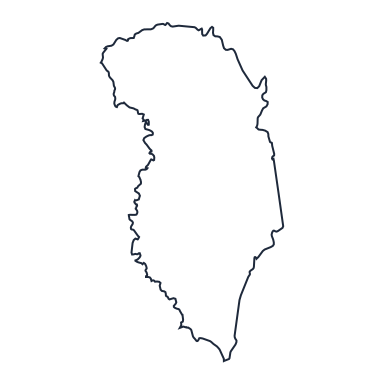 the border of Zanzan
{"feature_id": "CIV-3449", "entity_name": "Zanzan", "entity_type": "Region", "adm_level": 1, "iso_a3": "CIV", "parent_name": "Ivory Coast", "parent_adm1": "", "projection": "natural_earth1", "projection_center": [-3.572, 8.502], "detail": "fine", "context": "isolated", "style": "outline", "palette": "slate", "viewbox_px": 384, "rotation_deg": 0, "n_neighbors": 0, "source": "natural_earth", "source_scale": "10m", "svg_char_len": 5755}
<svg xmlns="http://www.w3.org/2000/svg" viewBox="0 0 384 384"><path d="M264.8,76.8L266.1,78.8L266.2,80.4L265.8,84.2L265.9,85.1L266.4,87.0L266.4,90.2L265.9,92.2L264.7,93.0L263.4,93.8L262.3,95.3L262.2,97.5L263.0,99.3L264.4,100.5L266.1,101.0L267.7,102.0L267.6,104.2L266.4,106.4L263.2,108.3L262.0,110.5L260.3,114.6L258.1,117.1L257.7,118.1L257.5,123.9L257.1,125.8L256.2,127.4L257.2,128.1L257.8,128.8L258.6,129.5L260.0,129.7L262.6,129.9L265.1,130.6L267.6,132.1L268.3,134.0L268.4,136.4L270.0,141.9L270.6,142.4L271.2,142.5L271.8,142.8L272.0,143.8L272.2,145.8L274.2,153.9L274.1,155.5L273.0,156.2L272.3,157.0L272.0,158.5L272.5,159.4L273.5,158.9L273.9,160.8L278.6,193.5L283.2,226.2L282.5,227.9L278.0,231.0L276.7,231.6L275.5,231.4L274.2,230.7L273.4,230.7L272.7,231.4L272.0,232.9L271.6,234.8L271.9,236.2L273.2,239.6L273.8,242.4L273.8,244.4L272.8,245.9L270.7,247.1L264.7,249.5L262.8,251.0L258.3,257.1L256.6,258.7L256.5,258.3L256.0,257.6L255.3,257.1L254.7,257.2L254.4,258.1L253.9,266.8L253.6,268.1L252.8,269.1L250.6,270.6L249.7,271.6L249.6,272.2L249.9,273.7L249.9,274.3L249.5,275.1L248.5,276.5L248.1,277.3L240.9,295.2L239.5,300.0L234.6,335.7L234.7,337.1L235.3,338.7L236.0,339.7L236.5,340.6L236.4,342.2L235.5,344.5L230.9,351.2L230.4,352.3L229.5,358.2L229.0,359.0L224.1,360.9L223.9,361.0L223.9,360.9L223.8,358.7L219.6,349.5L218.4,348.0L216.9,346.4L213.5,344.0L211.2,341.9L210.0,341.1L202.7,338.5L200.6,338.1L199.3,338.2L198.5,339.8L197.9,340.7L197.5,341.0L197.0,341.1L196.4,340.8L194.7,338.6L193.7,337.6L193.4,337.1L193.1,336.6L192.9,336.1L191.3,330.1L190.9,329.5L190.3,328.9L189.1,328.2L188.5,327.7L187.9,327.5L187.4,327.7L187.0,327.7L186.1,327.1L185.5,327.3L183.9,326.7L183.5,326.6L183.0,326.7L179.8,327.9L181.3,325.2L181.1,322.5L182.8,321.6L183.1,319.7L182.5,314.9L182.2,314.9L180.0,311.1L179.6,310.2L179.2,309.5L178.3,309.0L177.2,308.8L175.9,308.3L174.7,307.7L173.9,307.0L173.8,305.9L175.7,303.7L176.3,302.3L175.4,298.8L173.5,298.2L169.5,299.4L168.6,298.8L168.1,297.7L167.5,296.7L166.3,296.2L165.9,295.5L165.8,293.8L165.4,292.1L164.3,291.4L161.8,290.9L160.6,289.6L159.7,285.7L160.5,283.0L159.2,281.8L157.0,281.5L155.0,281.7L154.4,280.9L153.6,280.4L152.6,280.4L151.5,281.0L150.8,278.6L149.8,277.4L148.2,277.0L146.0,277.0L146.0,276.2L147.0,275.6L147.2,274.8L146.6,272.5L146.3,272.0L145.6,271.0L145.5,270.3L145.9,269.5L146.5,268.8L146.7,268.2L146.2,266.2L145.6,264.9L145.2,264.0L143.8,262.9L142.5,264.2L141.5,263.2L138.5,262.4L137.0,261.8L135.4,260.8L135.4,260.4L136.3,260.1L137.7,259.4L139.4,257.7L140.2,256.5L140.5,255.4L139.7,253.2L138.7,253.3L137.7,254.2L136.7,254.2L135.3,253.9L133.6,254.4L132.1,254.5L131.5,252.5L132.1,247.3L132.6,243.0L133.7,240.1L135.4,238.6L137.7,239.4L138.1,238.9L138.8,237.6L139.1,237.0L137.8,235.7L133.9,230.2L132.9,229.6L131.8,229.5L131.1,229.1L130.8,227.8L131.2,226.3L132.7,223.9L132.9,222.6L132.3,221.4L130.0,219.8L129.4,219.0L129.3,217.8L128.9,216.1L128.8,215.0L129.9,214.8L134.9,214.9L136.4,214.6L137.1,213.4L137.4,212.1L137.2,211.0L136.7,210.1L135.7,208.8L135.7,208.4L136.1,208.1L136.4,207.0L136.5,206.6L136.8,206.3L137.1,205.8L137.0,204.9L136.8,204.4L136.3,204.3L135.9,204.4L135.7,204.2L135.2,203.3L134.5,202.6L134.3,201.7L135.0,200.2L135.3,200.5L136.7,200.2L138.8,199.4L139.4,197.3L139.9,195.8L138.9,193.5L135.2,191.1L135.0,189.0L135.6,188.4L137.3,187.7L138.1,186.2L140.9,183.7L141.0,182.1L140.4,179.5L140.0,178.9L139.4,177.2L138.4,176.2L139.5,172.0L140.5,170.4L142.2,169.7L145.2,169.7L146.6,169.2L147.4,168.2L145.8,167.7L146.1,166.7L148.0,164.9L150.6,160.2L151.2,159.4L152.4,159.9L153.4,160.4L154.1,160.0L154.3,157.4L153.9,155.8L152.7,154.5L151.4,153.7L150.1,153.8L149.9,153.4L149.9,153.2L149.5,153.0L150.0,152.2L150.3,151.8L150.6,151.5L151.5,151.4L151.5,150.5L149.6,148.7L146.6,144.6L145.0,142.9L143.4,140.1L144.2,138.1L146.3,136.6L148.8,135.4L150.1,135.1L151.6,135.1L152.7,134.6L152.9,133.0L152.1,131.7L150.6,130.7L149.0,130.0L145.4,129.0L144.6,127.0L145.0,124.5L146.0,121.8L146.9,123.5L148.1,124.9L148.8,124.7L148.8,121.8L148.1,119.9L146.9,119.9L145.3,120.6L143.2,121.0L143.4,120.5L143.5,120.5L144.0,120.2L142.6,118.4L143.8,114.5L142.2,113.8L139.2,114.0L138.4,113.8L138.0,112.9L137.8,111.5L137.5,110.3L136.7,109.8L135.6,109.5L133.6,108.4L129.5,107.4L126.8,105.3L124.0,102.6L123.5,103.2L122.9,103.3L122.2,103.2L121.2,103.3L119.7,103.9L117.8,105.0L117.2,105.9L117.1,106.8L116.9,107.1L115.7,106.6L115.3,106.1L114.9,105.2L114.5,104.2L114.3,103.3L114.5,101.5L115.0,100.2L115.3,98.9L115.1,97.0L114.8,96.5L114.4,96.1L114.0,95.6L113.7,94.6L113.7,93.6L114.0,92.8L114.2,92.2L114.3,91.8L114.4,90.6L115.0,89.4L115.1,88.5L114.9,87.7L113.9,85.8L113.4,81.9L112.6,80.3L109.9,77.4L109.3,76.4L109.0,75.6L108.9,74.6L108.9,73.4L108.6,72.1L108.0,71.4L107.2,70.9L106.5,70.2L102.0,63.3L100.8,62.7L101.4,61.8L102.7,58.9L103.0,57.4L102.7,54.7L102.7,53.7L103.3,52.6L106.3,48.9L105.1,48.5L104.7,48.4L106.0,47.0L107.7,46.3L111.5,45.7L113.4,44.5L116.3,39.9L118.1,38.3L119.8,38.0L125.5,40.0L126.6,40.7L127.1,40.9L127.8,40.7L128.0,40.2L128.0,39.5L128.1,39.2L129.6,38.4L130.5,38.1L133.7,38.0L134.3,36.4L134.8,34.5L136.3,33.5L138.4,32.9L142.2,30.1L144.0,29.5L144.2,29.4L150.9,29.3L152.8,28.6L153.7,27.9L155.3,25.9L156.3,25.1L157.7,24.6L162.6,23.9L163.4,24.0L164.7,24.8L165.3,25.0L165.8,24.6L166.8,23.3L167.1,23.0L168.5,23.5L169.2,24.4L169.9,25.3L171.0,26.2L172.7,26.6L178.7,25.7L194.5,27.2L195.7,27.8L197.5,29.6L198.6,30.3L199.5,29.9L200.7,29.1L201.7,28.6L202.1,29.4L202.1,31.7L202.2,34.1L203.2,35.6L205.6,35.4L207.0,33.8L210.4,28.2L212.0,26.9L213.2,27.8L213.2,30.0L213.0,32.8L213.5,35.1L215.2,36.3L217.5,36.4L219.8,37.0L221.8,39.8L223.1,45.4L224.0,48.2L225.8,49.8L227.6,49.9L231.1,48.8L233.0,49.3L234.5,51.1L235.8,53.8L237.6,59.3L242.6,70.5L252.6,85.8L254.9,87.9L257.3,88.1L259.2,86.2L261.6,80.2L264.8,76.8Z" fill="none" stroke="#1e293b" stroke-width="2"/></svg>